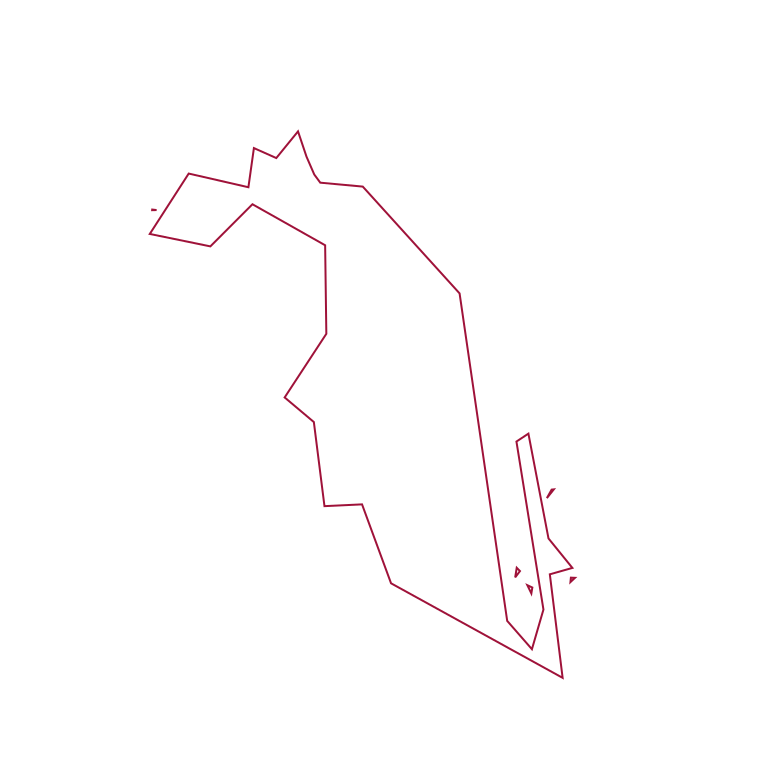 outline of Mexico, rotated 204°
{"feature_id": "MEX", "entity_name": "Mexico", "entity_type": "country or territory", "adm_level": 0, "iso_a3": "MEX", "parent_name": "North America", "parent_adm1": "", "projection": "robinson", "projection_center": [-103.635, 23.63], "detail": "coarse", "context": "isolated", "style": "outline", "palette": "rose", "viewbox_px": 768, "rotation_deg": 204, "n_neighbors": 0, "source": "natural_earth", "source_scale": "50m", "svg_char_len": 771}
<svg xmlns="http://www.w3.org/2000/svg" viewBox="0 0 768 768"><g transform="rotate(204 384 384)"><path d="M101.3,188.2L296.5,204.8L355.1,265.1L388.7,248.2L432.6,320.7L469.3,331.3L457.1,406.4L494.2,486.8L577.3,494.7L598.6,439.1L659.0,425.8L648.0,496.8L587.9,508.6L598.8,546.6L574.3,546.6L565.3,579.8L547.3,560.2L532.9,547.0L524.1,542.0L483.7,555.7L351.8,497.5L175.1,217.7L141.0,201.9L146.6,242.8L239.6,385.3L231.9,397.4L170.9,309.8L137.1,292.6L155.1,277.6L101.3,188.2ZM185.5,260.7L188.0,270.1L183.7,268.4L185.5,260.7ZM171.2,258.5L165.7,258.4L164.2,252.6L171.2,258.5ZM666.7,449.1L662.5,450.4L666.5,448.5L666.7,449.1ZM187.9,355.7L186.0,356.8L188.8,346.0L187.9,355.7ZM134.5,283.1L130.7,284.6L133.1,278.9L134.5,283.1Z" fill="none" stroke="#9f1239" stroke-width="2"/></g></svg>